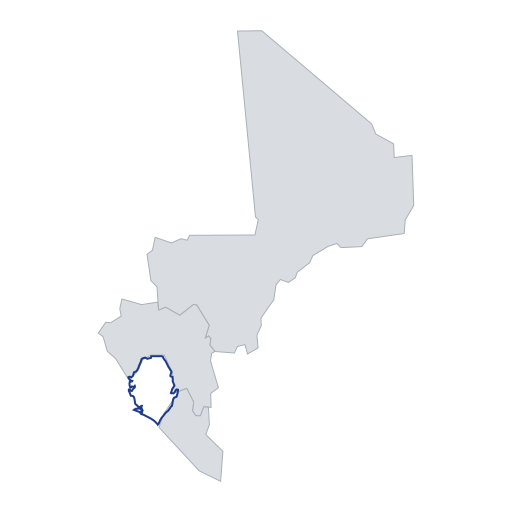 Sierra Leone highlighted among its neighbors
{"feature_id": "SLE", "entity_name": "Sierra Leone", "entity_type": "country or territory", "adm_level": 0, "iso_a3": "SLE", "parent_name": "Africa", "parent_adm1": "", "projection": "equal_earth", "projection_center": [-11.928, 8.452], "detail": "fine", "context": "with_neighbors", "style": "outline", "palette": "blue", "viewbox_px": 512, "rotation_deg": 0, "n_neighbors": 3, "source": "natural_earth", "source_scale": "50m", "svg_char_len": 3167}
<svg xmlns="http://www.w3.org/2000/svg" viewBox="0 0 512 512"><path d="M158.6,310.2L157.0,286.8L150.9,280.6L147.0,254.3L152.4,250.3L155.2,237.4L171.7,243.0L180.9,238.7L187.2,240.2L189.6,235.3L254.9,235.0L258.3,219.6L255.5,217.0L237.5,31.1L261.7,30.7L371.7,124.0L375.8,134.1L393.6,143.8L394.2,157.5L412.0,155.4L413.7,205.5L405.2,220.0L404.2,233.5L367.6,238.8L361.8,246.6L340.9,247.6L336.8,243.4L327.9,246.5L312.8,255.6L309.8,262.5L297.3,272.3L295.1,278.0L288.3,282.4L280.4,279.5L276.0,284.8L273.7,299.9L260.9,318.2L261.3,325.7L256.9,335.0L258.1,347.9L247.5,354.0L244.9,344.5L237.4,346.6L234.4,353.0L215.0,351.5L209.9,345.1L210.8,338.6L208.7,336.0L205.2,338.1L209.2,325.3L196.8,305.1L193.5,304.5L179.8,315.3L165.5,307.2L158.6,310.2Z" fill="#d9dde1" stroke="#a8b0b8" stroke-width="1"/><path d="M121.9,299.0L141.6,304.6L157.7,302.1L158.6,310.2L165.5,307.2L179.8,315.3L193.5,304.5L196.8,305.1L209.2,325.3L205.2,338.1L208.7,336.0L210.8,338.6L209.9,345.1L215.0,351.5L211.7,353.2L210.4,360.7L218.4,387.6L210.7,393.4L211.1,407.4L203.8,406.8L200.4,415.8L195.8,415.7L192.5,410.9L193.6,402.0L186.7,388.4L174.3,392.7L172.4,372.3L164.2,355.1L151.1,355.0L142.7,359.7L138.0,370.6L129.2,380.4L115.6,358.6L107.3,351.3L103.1,336.7L98.3,333.1L105.7,322.3L110.7,322.7L121.2,316.1L119.8,308.7L121.9,299.0Z" fill="#d9dde1" stroke="#a8b0b8" stroke-width="1"/><path d="M208.4,407.4L209.4,424.6L205.8,434.5L222.9,451.4L220.6,481.3L199.2,470.9L159.0,427.4L163.8,413.8L178.9,391.4L186.7,388.4L193.6,402.0L192.5,410.9L195.8,415.7L200.4,415.8L203.8,406.8L208.4,407.4Z" fill="#d9dde1" stroke="#a8b0b8" stroke-width="1"/><path d="M178.0,389.7L178.0,390.3L177.5,393.5L176.8,396.2L176.3,396.9L174.2,397.6L173.3,398.8L172.5,402.7L172.0,405.8L171.3,406.3L168.2,410.7L166.2,412.3L164.8,413.8L163.5,415.6L161.8,417.5L160.0,420.5L158.7,423.7L157.8,424.7L157.2,423.8L154.1,420.7L150.9,418.6L144.0,415.0L141.7,414.0L141.8,412.8L142.6,410.5L141.3,407.8L141.8,405.9L141.3,405.9L140.3,407.1L138.2,406.7L136.8,405.1L135.7,404.4L135.2,403.6L134.5,399.2L134.0,397.2L132.9,396.0L130.8,395.7L129.9,393.0L128.8,390.9L128.9,389.6L129.9,389.7L130.6,390.6L131.8,391.0L133.3,388.7L134.7,387.5L135.0,386.4L134.8,385.9L134.0,386.8L131.8,386.5L131.2,387.4L130.3,387.6L129.5,385.0L129.5,383.4L129.8,381.7L132.1,381.4L132.3,380.9L130.7,380.5L128.8,378.5L128.4,377.1L129.4,376.7L130.3,376.9L131.1,377.2L132.0,376.7L132.8,375.9L133.3,375.0L133.9,372.4L136.0,371.5L137.3,370.0L138.5,367.5L139.0,365.8L139.5,364.9L139.8,364.2L140.0,363.4L140.5,362.6L141.1,360.8L141.5,359.1L142.7,358.3L145.2,357.6L147.4,358.8L151.0,357.8L151.2,356.2L154.5,356.2L158.4,356.2L161.7,356.2L162.8,356.6L163.2,357.7L164.3,359.6L165.4,360.8L166.8,363.6L168.4,366.8L170.2,369.7L171.3,371.3L171.4,371.8L171.3,372.4L170.8,373.9L170.3,375.5L170.4,376.1L170.7,376.4L172.5,376.9L172.7,378.7L172.7,381.2L173.6,383.5L174.4,385.2L174.4,385.8L172.3,388.7L171.5,391.5L171.1,392.3L170.9,393.0L171.4,393.3L171.9,393.1L172.7,393.3L173.5,393.4L174.5,392.4L176.2,389.7L176.7,389.4L178.0,389.7ZM141.0,412.9L140.8,413.5L139.7,412.1L134.0,409.9L135.6,408.8L139.6,408.5L140.7,409.1L141.3,409.7L141.5,410.7L141.0,412.9Z" fill="none" stroke="#1e3a8a" stroke-width="2"/></svg>